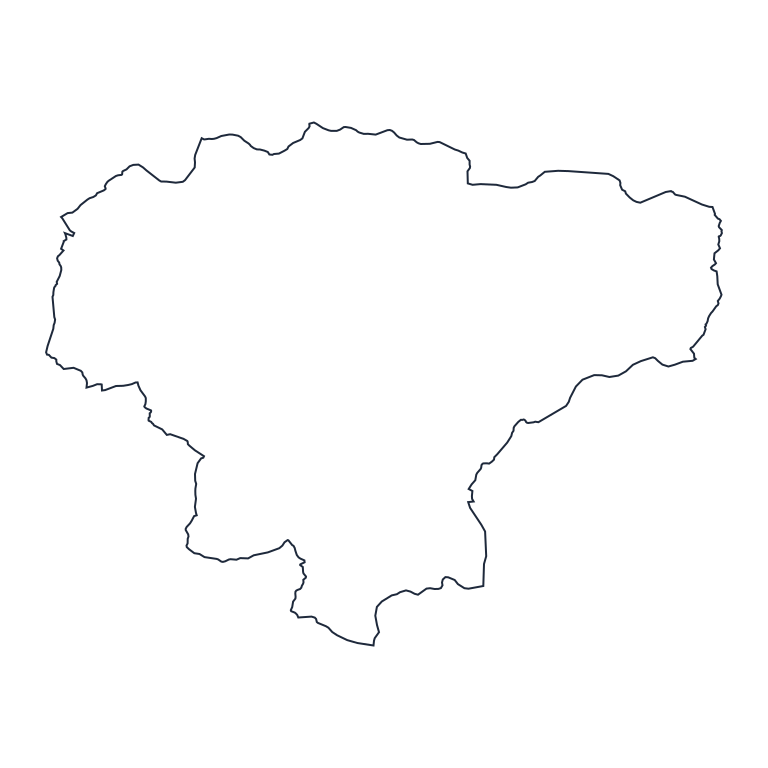 outline of Barsana, Maramures, Romania
{"feature_id": "2599482B92595055897081", "entity_name": "Barsana", "entity_type": "district", "adm_level": 2, "iso_a3": "ROU", "parent_name": "Romania", "parent_adm1": "Maramures", "projection": "equal_earth", "projection_center": [24.064, 47.813], "detail": "fine", "context": "isolated", "style": "outline", "palette": "slate", "viewbox_px": 768, "rotation_deg": 0, "n_neighbors": 0, "source": "geoboundaries", "source_scale": "gbopen_adm2", "svg_char_len": 6058}
<svg xmlns="http://www.w3.org/2000/svg" viewBox="0 0 768 768"><path d="M695.7,359.0L694.3,357.8L694.0,353.7L690.4,349.1L690.8,348.0L693.1,346.7L702.2,335.7L703.5,334.8L705.6,329.2L704.9,327.0L706.0,325.7L705.6,324.4L706.4,323.8L707.6,321.2L708.1,318.4L709.1,316.1L711.0,313.1L712.5,311.5L716.2,306.3L717.8,305.1L718.5,303.4L717.8,301.0L719.7,298.6L720.9,296.3L721.5,294.7L717.7,284.3L717.3,276.3L716.6,271.4L714.0,270.5L711.6,269.1L711.0,267.7L712.4,266.1L714.8,264.5L716.0,263.2L713.9,259.5L714.5,253.3L718.3,250.3L720.0,248.3L718.3,244.5L719.3,241.2L719.2,238.7L718.7,236.7L718.8,236.4L720.1,236.0L720.7,235.5L721.9,233.1L721.5,231.3L721.8,230.1L719.1,227.3L718.7,226.1L719.8,222.8L720.9,220.9L719.5,219.2L717.9,218.6L714.7,214.9L715.0,213.9L712.5,207.0L709.2,206.8L701.9,204.5L684.9,196.7L676.1,194.9L675.1,194.5L672.8,191.9L671.0,191.4L670.9,191.1L665.7,192.0L640.3,202.7L636.5,201.9L633.2,200.3L629.7,197.5L625.9,193.6L625.2,191.3L622.1,189.7L620.2,185.2L620.4,182.9L619.6,180.4L613.3,176.2L608.4,173.9L568.3,171.1L558.1,170.8L544.8,171.8L540.1,175.6L538.2,176.8L534.7,181.0L532.1,182.0L528.1,182.7L525.7,184.3L517.7,187.4L511.0,187.7L506.2,187.0L496.4,184.8L480.5,184.1L472.6,184.8L467.8,183.4L467.5,171.3L469.9,168.0L470.1,166.4L469.6,164.6L469.6,160.8L467.2,157.9L465.7,153.5L462.3,152.5L458.3,150.6L454.8,149.5L439.7,142.1L437.6,141.9L429.9,143.8L420.8,144.0L418.5,143.3L416.7,142.3L414.0,140.0L412.2,139.5L407.0,139.7L399.3,137.5L396.7,135.5L394.1,132.5L392.0,130.8L389.8,130.0L387.4,130.2L375.7,134.6L368.1,133.8L363.8,133.9L359.2,132.5L357.6,131.6L356.1,130.2L351.0,127.9L345.6,127.0L343.8,127.1L340.1,129.6L336.7,130.9L331.2,130.9L328.6,130.3L322.9,128.1L316.4,123.8L313.9,122.5L309.4,123.7L309.3,124.7L309.6,126.2L308.7,128.0L304.9,131.8L302.4,138.4L300.2,140.0L293.1,143.0L288.5,146.5L287.3,149.0L284.5,150.7L278.9,153.6L274.0,154.0L272.4,154.8L269.4,154.5L267.8,152.0L264.3,150.6L260.0,149.5L256.9,149.4L253.7,148.1L250.8,146.0L249.9,144.7L248.6,143.5L244.3,140.7L240.7,137.1L238.1,135.7L232.5,134.6L229.3,134.5L221.3,136.0L216.6,138.1L214.0,138.8L211.8,139.0L208.9,138.8L204.8,139.4L204.0,139.4L201.7,138.2L195.2,154.9L194.6,158.5L195.0,162.4L194.7,167.5L185.0,180.2L182.8,181.8L175.8,182.7L166.4,181.6L161.1,181.5L159.2,180.4L146.4,170.4L143.0,167.4L138.5,164.6L133.3,164.9L129.6,166.3L126.5,169.4L123.1,171.0L122.4,171.6L122.1,174.4L121.5,174.9L118.0,175.3L115.9,176.0L108.6,180.8L107.3,182.0L105.8,184.2L104.8,186.2L105.6,188.4L105.5,189.1L103.8,190.4L97.1,193.2L95.9,195.4L93.3,197.0L89.6,198.2L87.4,199.6L80.5,205.1L77.6,208.8L72.4,212.6L67.6,213.1L61.1,217.0L62.3,218.3L69.8,230.3L71.3,231.5L74.2,233.0L72.8,236.0L64.9,233.1L65.4,234.2L66.3,237.6L66.4,239.5L63.7,241.1L63.8,241.7L61.1,248.8L63.5,250.5L59.4,255.1L57.9,256.3L57.1,258.3L57.7,260.7L59.2,262.6L59.5,264.3L60.7,266.0L61.2,267.4L61.3,270.0L59.7,276.0L56.7,281.9L57.1,283.8L55.6,285.2L55.4,286.1L54.6,286.9L54.1,287.9L53.4,292.2L53.3,295.0L52.5,296.8L54.3,317.1L55.1,319.5L54.6,322.8L53.7,325.1L53.3,328.8L47.6,346.0L46.1,352.3L47.0,354.6L48.9,354.9L51.4,357.6L54.4,358.1L56.3,359.6L56.3,361.3L57.0,363.9L60.0,365.1L63.7,369.0L73.6,367.8L80.8,370.8L82.3,372.4L82.7,374.6L83.2,375.7L85.5,378.4L86.5,380.3L87.0,383.1L86.5,387.6L92.8,385.9L97.1,384.2L101.0,384.3L101.7,384.5L102.0,390.5L105.1,390.1L116.0,386.0L123.1,385.8L128.1,385.0L131.9,384.1L135.5,382.5L137.6,382.4L138.4,385.6L140.5,390.3L145.1,396.5L145.8,398.1L145.8,401.3L145.4,404.1L144.3,406.4L144.7,407.2L146.4,408.5L151.0,410.4L151.2,411.0L150.8,412.3L149.7,413.3L149.8,416.3L149.5,417.2L148.7,417.8L148.5,420.1L148.7,420.7L151.2,421.9L152.1,423.2L153.0,423.8L154.0,425.4L162.2,429.4L166.8,434.9L170.2,434.2L183.6,438.9L187.3,441.0L187.7,441.9L187.9,444.2L189.3,445.6L194.9,450.3L204.0,456.2L203.3,457.7L201.1,458.4L197.6,463.2L195.0,474.0L195.2,480.8L196.2,483.9L195.4,488.6L195.3,491.0L195.4,494.8L196.0,498.7L194.9,506.9L196.0,513.0L196.7,515.3L194.1,516.1L191.7,520.7L190.0,523.4L186.7,526.9L185.7,528.8L185.7,530.0L188.2,534.4L188.5,536.5L187.7,538.8L187.6,543.4L186.5,545.6L186.8,547.1L189.0,549.2L194.3,553.2L199.5,554.0L204.5,557.1L216.6,558.9L218.1,559.4L221.3,561.6L222.9,561.9L225.2,561.3L228.9,559.5L230.6,559.2L236.5,559.7L240.2,558.1L248.1,558.4L253.7,555.3L267.8,552.4L279.3,548.2L282.4,545.6L284.5,542.3L287.6,540.1L288.4,540.3L292.2,545.1L293.5,545.8L294.7,548.0L295.4,550.8L296.8,555.0L298.6,557.4L300.4,558.6L304.4,560.4L304.6,562.3L300.8,564.1L300.2,564.5L300.2,565.1L302.8,567.0L303.1,572.0L303.5,573.5L306.0,576.5L305.8,577.7L303.3,579.8L303.5,582.3L303.1,583.7L301.9,585.7L301.3,587.7L300.1,589.0L297.6,589.9L296.3,590.6L295.5,591.6L295.3,593.4L295.6,596.9L295.4,598.6L293.1,601.6L292.2,607.1L290.8,610.2L291.2,611.2L294.8,612.6L295.9,613.5L297.2,614.9L298.3,617.5L311.5,616.6L314.8,617.6L316.1,619.0L316.8,622.0L317.9,622.9L325.9,626.2L328.4,627.7L332.2,632.0L337.0,635.2L347.2,640.1L357.3,643.0L373.5,645.5L374.0,640.7L374.7,638.2L379.0,632.2L377.0,625.0L375.3,615.7L376.9,606.9L381.8,601.5L391.7,595.4L396.9,594.2L400.0,592.2L406.0,590.4L410.5,591.6L414.6,593.8L418.0,594.7L426.5,588.6L430.1,588.2L434.6,589.0L438.4,588.9L440.9,588.1L442.5,585.3L442.0,582.5L442.8,579.5L445.4,577.1L448.2,577.3L454.7,580.0L457.9,584.1L464.4,588.2L468.5,588.7L483.3,586.0L484.0,564.0L486.2,556.2L485.1,531.5L481.3,524.7L470.1,507.9L468.2,502.1L473.6,501.5L472.1,498.9L471.9,496.2L472.4,491.0L468.7,489.0L471.6,484.4L475.3,480.2L476.3,474.6L477.3,472.8L480.7,468.9L481.2,467.6L481.5,465.1L482.6,463.7L483.5,463.4L486.8,463.3L489.1,463.6L491.8,461.7L494.0,459.6L494.3,457.2L497.2,454.3L507.2,442.6L511.3,436.1L512.1,432.8L513.5,430.8L513.7,427.8L514.4,426.3L518.3,421.9L520.9,419.8L522.4,419.9L523.6,419.5L524.5,419.8L525.6,420.9L526.0,421.9L526.9,422.7L528.1,423.0L533.6,422.3L535.2,421.7L538.4,422.2L566.1,405.9L568.8,401.8L570.1,397.8L575.9,386.5L582.5,379.7L594.2,375.1L602.0,375.3L609.4,377.0L618.3,375.6L626.0,371.3L632.9,364.8L640.9,361.1L652.9,357.3L655.2,358.2L657.9,360.9L662.4,364.6L668.4,366.5L674.8,364.7L682.9,361.7L692.6,360.8L695.7,359.0Z" fill="none" stroke="#1e293b" stroke-width="2"/></svg>